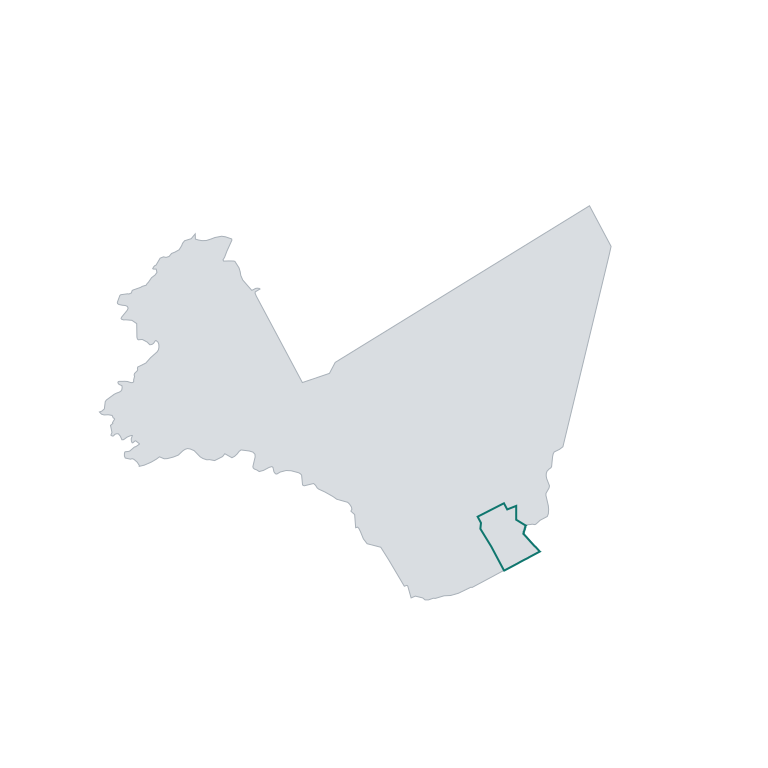 Tin-Essako, Kidal, Mali (highlighted), rotated 62°
{"feature_id": "8926073B78830545080626", "entity_name": "Tin-Essako", "entity_type": "district", "adm_level": 2, "iso_a3": "MLI", "parent_name": "Mali", "parent_adm1": "Kidal", "projection": "equal_earth", "projection_center": [3.476, 18.561], "detail": "fine", "context": "in_parent", "style": "outline", "palette": "teal", "viewbox_px": 768, "rotation_deg": 62, "n_neighbors": 0, "source": "geoboundaries", "source_scale": "gbopen_adm2", "svg_char_len": 4811}
<svg xmlns="http://www.w3.org/2000/svg" viewBox="0 0 768 768"><g transform="rotate(62 384 384)"><path d="M184.8,567.0L185.0,564.3L183.2,562.4L183.2,561.5L184.4,553.6L184.3,551.6L185.1,547.6L184.0,545.8L183.7,544.5L181.0,539.3L180.3,535.0L178.9,532.1L175.6,531.2L174.3,533.6L173.6,534.1L172.4,532.3L171.9,530.8L172.0,529.4L167.8,522.6L168.2,519.0L169.9,517.0L170.5,513.9L169.0,510.3L169.4,506.8L169.3,501.9L166.9,497.7L165.2,495.8L163.9,492.8L165.2,486.0L162.8,480.2L167.5,482.5L169.7,480.3L172.0,477.4L173.9,473.5L174.8,468.6L175.3,464.5L177.3,458.0L179.6,454.9L184.4,450.4L185.6,450.8L193.0,460.4L197.3,465.3L198.8,467.9L200.2,467.9L202.5,463.2L204.8,459.1L205.7,458.1L213.4,457.5L217.4,458.3L220.9,459.5L225.9,459.9L239.2,456.8L239.4,454.9L239.3,452.6L239.9,450.9L241.0,449.3L241.9,448.9L242.2,454.4L243.3,455.2L246.4,455.5L344.4,455.4L349.0,427.2L342.0,416.9L323.1,118.9L369.1,118.9L376.9,125.6L523.4,255.5L524.1,259.7L523.9,265.6L525.0,267.3L527.2,269.2L535.6,274.8L536.3,275.9L536.6,278.2L537.6,281.1L539.3,282.8L541.4,284.0L544.0,284.8L551.6,285.7L553.3,287.1L556.6,292.3L558.3,293.3L568.7,296.1L572.0,297.5L575.7,299.8L577.6,302.0L577.6,310.1L579.0,315.4L579.0,316.8L577.3,319.0L576.9,320.5L575.0,324.7L575.4,326.4L579.0,329.6L580.8,330.5L582.8,330.5L604.7,325.0L605.0,401.6L604.2,402.8L603.7,416.5L602.0,424.5L599.2,430.4L597.4,439.3L596.3,441.0L595.5,446.1L593.9,449.1L591.1,450.2L586.0,455.9L585.6,460.5L573.7,457.9L572.9,458.0L572.4,458.6L572.1,461.0L541.6,462.4L526.6,463.5L517.1,473.9L511.0,474.9L503.3,474.1L499.4,474.0L497.9,474.6L497.6,476.5L485.5,471.2L480.9,472.9L480.2,472.3L479.6,471.2L477.4,470.5L473.9,470.8L471.4,471.6L463.6,479.8L459.4,481.9L451.7,486.8L446.2,491.0L444.3,491.8L441.3,492.0L438.8,492.9L436.4,502.3L434.9,503.3L425.7,499.5L423.9,500.0L422.2,501.1L417.0,506.7L414.4,511.1L413.0,517.0L413.2,520.9L412.3,522.0L409.9,522.4L405.6,521.2L404.3,521.7L403.7,524.6L403.7,531.0L402.7,535.3L400.1,536.7L398.2,538.4L396.6,538.9L395.3,538.5L387.9,532.0L385.4,530.9L382.6,531.7L379.9,534.4L375.1,541.2L375.5,543.6L376.8,546.4L377.7,549.8L377.7,552.9L370.8,557.3L372.3,560.6L372.1,569.5L368.9,573.5L367.7,576.1L364.7,578.9L362.0,580.5L353.7,582.9L350.3,585.7L348.7,587.9L348.3,590.4L348.6,593.2L350.2,599.0L349.6,604.3L348.1,610.5L346.8,613.2L342.9,616.4L343.5,620.5L343.7,626.3L343.1,633.8L341.8,638.8L340.9,638.3L337.2,638.6L333.2,640.1L331.7,641.4L331.4,643.1L327.9,647.2L325.7,647.0L323.6,645.9L322.4,644.8L322.4,644.2L323.7,640.9L323.8,639.8L322.5,634.0L322.8,632.6L322.3,628.2L322.0,628.0L317.6,629.9L317.4,630.7L318.0,633.5L317.6,634.0L316.0,633.9L313.8,633.0L311.4,630.4L310.8,631.3L310.5,633.3L310.3,635.7L310.9,640.1L310.2,641.6L306.4,641.3L303.3,641.9L302.4,643.4L302.1,645.2L302.8,647.1L302.7,647.9L301.4,649.1L300.8,649.0L299.0,646.9L292.1,644.9L291.5,641.9L290.7,641.9L288.5,638.3L287.6,638.4L286.8,639.0L284.1,638.8L281.7,641.9L279.9,645.7L278.0,647.6L275.1,648.4L275.5,646.0L274.7,642.6L268.7,638.4L267.8,636.6L266.4,627.1L266.5,624.3L266.9,621.7L266.8,619.8L266.1,618.3L264.3,616.9L262.4,616.2L260.0,618.1L258.9,618.4L257.8,618.3L257.2,617.6L257.3,616.7L260.0,611.5L261.3,609.4L263.9,606.9L264.6,605.6L264.7,604.7L264.4,603.9L262.7,603.0L260.1,600.6L258.7,600.4L257.6,599.3L256.4,595.5L255.8,594.8L254.5,594.4L253.4,593.5L253.7,584.5L251.2,577.8L249.1,569.2L247.9,567.1L245.8,565.4L243.3,564.2L241.0,563.9L238.5,564.9L238.5,565.7L239.9,568.4L240.1,570.0L239.8,571.4L239.3,572.4L235.8,573.4L231.2,576.5L229.6,580.2L228.5,580.6L226.7,580.2L214.6,574.0L209.4,576.7L206.0,582.0L205.2,583.8L203.6,585.3L202.7,585.4L201.8,584.3L198.4,576.2L196.9,574.3L195.0,574.2L193.3,575.5L191.5,578.2L189.3,580.8L187.9,581.5L186.7,581.1L181.8,575.6L181.6,574.5L184.0,568.0L184.8,567.0Z" fill="#d9dde1" stroke="#a8b0b8" stroke-width="1"/><path d="M605.2,365.5L605.2,364.3L605.2,363.0L605.2,360.4L605.2,357.8L605.2,355.3L605.2,352.6L605.2,350.1L605.1,347.5L605.1,344.9L605.1,342.3L605.2,339.8L605.2,337.9L605.1,337.3L605.1,334.3L605.1,332.1L605.1,329.6L605.1,328.7L605.1,326.8L605.1,326.5L605.1,325.1L604.9,325.2L602.3,325.8L599.2,326.6L598.7,326.7L598.2,327.1L594.7,328.0L591.6,328.8L590.2,329.1L587.8,329.7L586.0,330.1L585.0,330.4L583.4,330.8L582.0,331.2L581.7,331.3L581.5,331.1L581.3,330.9L581.3,330.7L581.1,330.4L580.7,330.2L580.4,330.2L580.2,330.2L580.0,329.9L579.8,329.6L579.7,329.3L579.6,329.2L579.4,328.9L579.1,328.7L578.9,328.5L578.8,328.4L578.7,328.3L578.6,328.0L578.5,327.9L578.4,327.9L578.0,327.7L577.9,327.6L577.7,327.4L577.5,327.2L577.4,327.1L577.3,326.9L577.1,326.9L576.9,326.6L576.7,326.4L576.6,326.2L576.3,326.1L576.2,326.1L576.0,325.9L575.9,325.9L575.7,325.8L575.5,325.7L575.4,325.5L575.4,325.4L565.9,331.0L553.7,324.5L552.6,334.1L545.6,334.1L545.1,363.6L552.2,363.6L557.1,366.9L577.9,365.6L605.1,365.6L605.2,365.5Z" fill="none" stroke="#0f766e" stroke-width="2"/></g></svg>